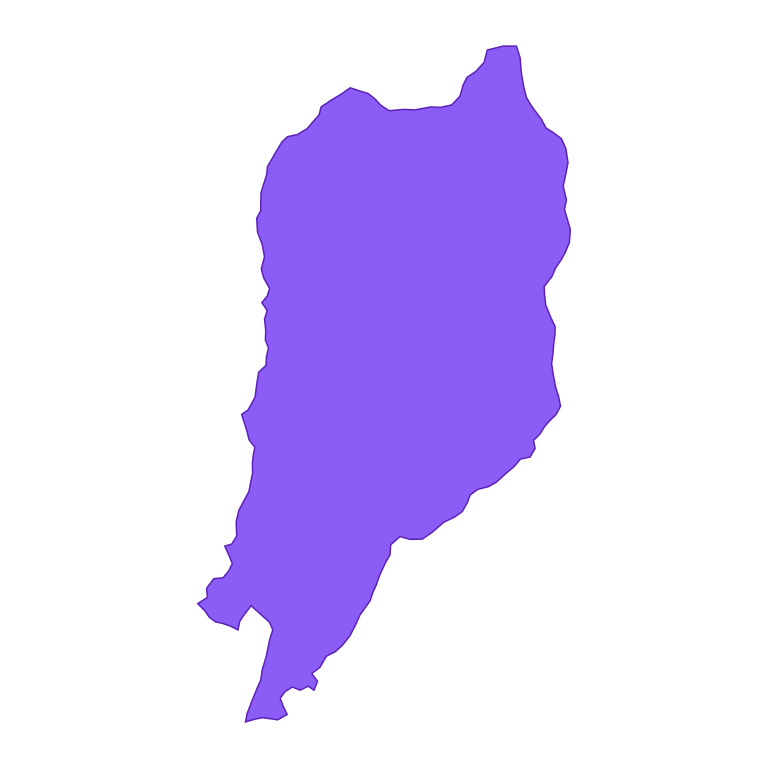 Macaubal, São Paulo, Brazil (Albers equal-area conic projection)
{"feature_id": "56859067B96335300924263", "entity_name": "Macaubal", "entity_type": "district", "adm_level": 2, "iso_a3": "BRA", "parent_name": "Brazil", "parent_adm1": "São Paulo", "projection": "albers", "projection_center": [-49.982, -20.851], "detail": "fine", "context": "isolated", "style": "filled", "palette": "violet", "viewbox_px": 768, "rotation_deg": 0, "n_neighbors": 0, "source": "geoboundaries", "source_scale": "gbopen_adm2", "svg_char_len": 2323}
<svg xmlns="http://www.w3.org/2000/svg" viewBox="0 0 768 768"><path d="M561.4,138.6L552.4,132.0L546.2,128.2L541.2,119.0L535.3,111.2L530.3,104.0L526.3,97.1L523.6,86.2L521.2,71.9L520.1,57.8L516.5,46.1L503.0,46.1L487.3,50.0L484.1,62.3L476.1,71.2L467.0,77.4L463.2,84.9L460.0,96.2L451.5,105.0L440.2,107.4L431.1,106.9L414.9,109.9L404.0,109.4L389.2,110.7L380.9,105.3L375.1,99.1L368.4,93.6L359.9,91.0L350.2,87.8L340.8,94.4L331.4,100.0L321.1,106.9L319.1,114.9L313.9,120.7L307.3,128.5L297.5,134.5L287.4,136.7L281.9,142.0L275.8,152.1L271.4,159.9L267.5,166.5L266.7,174.5L261.0,192.8L260.7,210.7L256.7,218.3L257.5,232.0L262.2,244.5L264.5,256.6L261.3,269.1L263.7,277.9L269.6,288.6L267.2,296.1L261.8,302.7L267.2,310.4L264.5,319.1L265.7,329.9L265.4,340.2L268.5,347.9L266.5,356.5L266.0,365.4L258.7,372.1L256.8,383.6L255.1,397.1L248.1,409.9L241.6,414.4L246.6,429.9L249.1,439.9L254.8,447.1L253.3,455.2L252.4,463.3L252.6,472.9L250.9,481.2L248.9,491.6L244.2,500.3L238.9,510.2L236.2,521.6L236.7,536.0L231.8,544.0L224.8,546.1L229.1,555.7L232.3,563.6L228.8,570.8L223.0,577.8L213.9,578.6L206.6,588.2L207.4,597.4L197.7,603.6L205.1,611.1L209.4,617.4L215.6,621.9L222.9,623.5L230.3,626.1L238.0,629.9L239.7,621.4L244.4,614.4L251.1,605.7L269.6,622.4L272.8,629.9L269.6,639.9L267.8,648.7L266.1,657.0L262.3,669.5L260.7,680.2L257.2,688.1L251.9,701.1L247.2,713.3L245.5,721.9L255.7,719.0L262.6,717.7L277.8,719.8L287.2,714.4L283.2,706.2L280.2,698.2L284.8,691.9L292.3,687.0L300.1,690.2L308.1,686.2L314.0,690.2L317.5,681.2L311.7,673.5L319.9,667.4L326.4,656.2L335.4,651.6L342.4,645.3L349.8,636.0L355.6,624.8L360.0,614.9L365.7,607.0L370.1,600.8L372.7,592.8L376.3,584.9L379.8,574.8L385.7,562.3L390.0,554.8L390.7,544.8L400.0,536.5L410.1,539.4L422.3,539.1L432.0,532.4L444.0,522.1L454.6,517.0L462.3,511.5L467.3,502.7L470.1,495.0L477.8,489.4L488.9,486.5L496.6,482.0L505.6,473.7L514.1,466.6L520.4,459.1L530.1,457.0L535.1,448.5L533.5,440.4L539.9,434.1L544.6,426.6L549.6,420.8L556.1,414.5L560.5,406.2L558.5,396.1L555.8,387.8L553.5,376.1L551.6,363.6L552.8,354.9L553.8,343.2L554.9,335.2L555.1,326.6L550.4,316.6L545.7,304.9L544.6,294.8L544.2,286.5L551.9,276.6L555.9,267.4L560.6,260.7L565.1,252.8L569.4,242.4L570.3,229.4L566.8,217.4L564.5,209.6L566.4,199.8L563.2,186.2L565.6,175.0L568.0,162.8L565.9,148.7L561.4,138.6Z" fill="#8b5cf6" stroke="#5b21b6" stroke-width="1.5"/></svg>